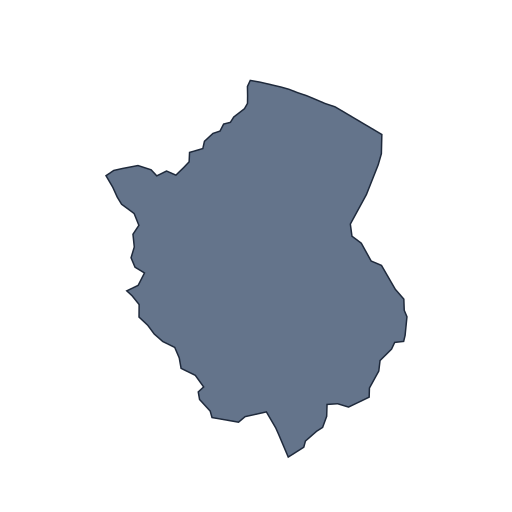 the district of Tupanci do Sul, Rio Grande do Sul, Brazil, rotated 295°
{"feature_id": "56859067B31441809180577", "entity_name": "Tupanci do Sul", "entity_type": "district", "adm_level": 2, "iso_a3": "BRA", "parent_name": "Brazil", "parent_adm1": "Rio Grande do Sul", "projection": "natural_earth1", "projection_center": [-51.538, -27.925], "detail": "fine", "context": "isolated", "style": "filled", "palette": "slate", "viewbox_px": 512, "rotation_deg": 295, "n_neighbors": 0, "source": "geoboundaries", "source_scale": "gbopen_adm2", "svg_char_len": 1303}
<svg xmlns="http://www.w3.org/2000/svg" viewBox="0 0 512 512"><g transform="rotate(295 256 256)"><path d="M412.7,176.6L406.0,176.6L397.6,180.7L390.7,183.8L384.6,183.3L372.6,177.1L366.3,176.3L361.9,170.9L354.0,170.6L348.9,165.2L338.2,160.8L330.9,162.4L321.8,152.0L313.1,155.6L305.6,153.1L295.4,149.2L295.2,139.0L286.7,132.2L289.8,124.5L288.1,110.8L278.8,97.9L273.4,90.9L265.4,86.1L257.8,97.1L250.7,105.4L246.1,112.3L243.0,127.6L234.3,136.9L223.7,135.3L212.7,141.9L201.6,143.5L194.7,151.1L193.5,162.1L179.6,161.6L169.8,153.6L167.6,160.5L162.6,170.6L151.2,175.8L147.5,187.1L142.3,196.7L139.1,207.6L138.8,221.0L131.2,229.5L122.5,235.6L122.2,251.4L115.2,263.9L108.4,261.1L102.1,265.5L96.1,280.0L91.0,284.4L98.0,310.4L105.8,314.0L119.1,331.3L108.5,346.6L103.8,352.0L87.4,370.2L102.9,380.1L109.2,379.0L122.8,385.0L128.8,388.8L140.6,387.8L151.5,383.1L156.6,392.4L158.2,403.7L175.9,418.2L184.3,414.6L203.6,415.9L213.7,412.6L228.9,418.2L236.3,418.2L241.0,425.9L247.0,424.7L264.7,418.5L269.4,413.3L279.4,408.2L284.7,396.3L300.5,373.7L300.1,362.5L312.1,346.0L314.5,334.6L324.8,328.0L358.3,330.1L390.3,328.2L401.7,326.4L419.3,318.7L424.6,264.7L423.4,254.2L423.1,244.4L422.7,234.4L421.6,224.6L421.0,215.3L419.7,207.3L417.7,197.7L415.3,186.3L412.7,176.6Z" fill="#64748b" stroke="#1e293b" stroke-width="1.5"/></g></svg>